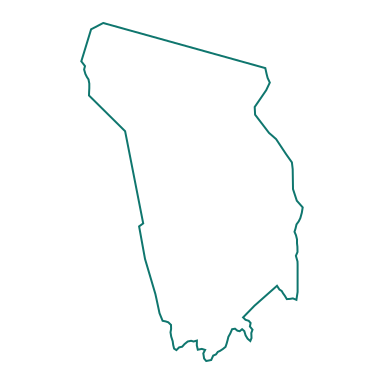 Maetinga, Bahia, Brazil
{"feature_id": "56859067B22640156223333", "entity_name": "Maetinga", "entity_type": "district", "adm_level": 2, "iso_a3": "BRA", "parent_name": "Brazil", "parent_adm1": "Bahia", "projection": "equal_earth", "projection_center": [-41.494, -14.667], "detail": "fine", "context": "isolated", "style": "outline", "palette": "teal", "viewbox_px": 384, "rotation_deg": 0, "n_neighbors": 0, "source": "geoboundaries", "source_scale": "gbopen_adm2", "svg_char_len": 1512}
<svg xmlns="http://www.w3.org/2000/svg" viewBox="0 0 384 384"><path d="M103.2,23.0L91.1,29.3L83.9,52.9L81.3,61.3L85.0,66.1L84.1,69.5L85.4,74.0L86.9,77.0L88.5,79.4L89.3,83.6L89.3,88.1L89.1,92.0L89.0,95.5L125.1,131.2L127.1,141.3L143.2,223.4L139.1,226.4L145.0,258.9L155.4,294.1L156.5,299.1L158.7,309.4L159.5,313.2L162.6,320.8L165.6,321.4L168.3,322.3L171.0,324.9L171.1,329.0L170.5,332.3L171.2,336.6L172.7,341.3L173.2,345.0L174.1,348.6L176.4,350.1L179.1,347.4L182.2,346.7L184.5,344.1L187.7,341.5L191.1,340.8L193.6,341.5L196.9,340.6L196.8,345.3L197.8,349.7L201.8,348.9L205.1,349.9L203.3,353.4L204.1,358.5L206.2,361.0L208.8,360.5L211.2,360.0L213.2,355.6L216.0,354.4L217.8,351.9L220.0,350.9L222.9,349.0L225.5,346.9L226.6,343.7L227.6,340.1L228.4,336.8L230.2,333.6L232.1,329.2L235.0,328.7L237.4,330.7L239.7,331.2L242.1,329.2L244.3,331.1L245.6,335.4L247.6,338.7L250.3,341.0L251.5,338.1L251.3,333.0L252.5,329.7L249.9,326.5L250.6,323.0L248.7,320.8L245.5,319.8L243.1,317.4L254.5,305.7L277.0,285.8L279.4,289.5L281.7,291.0L283.1,293.4L284.9,295.9L286.8,299.1L289.9,298.9L292.9,298.4L296.4,299.8L297.6,292.0L297.6,272.4L297.6,264.8L297.5,261.5L295.9,255.8L297.5,252.0L297.4,246.7L297.0,243.3L297.0,239.4L296.0,235.3L294.5,231.8L295.5,228.6L296.5,224.4L298.7,221.4L300.3,218.2L301.8,212.8L302.7,207.4L296.8,200.7L293.0,189.1L292.7,169.2L291.9,162.4L286.1,154.2L276.1,139.1L269.0,132.9L255.1,114.7L254.7,107.0L266.2,90.2L269.8,82.6L267.6,77.9L266.6,74.0L265.3,68.1L103.2,23.0Z" fill="none" stroke="#0f766e" stroke-width="2"/></svg>